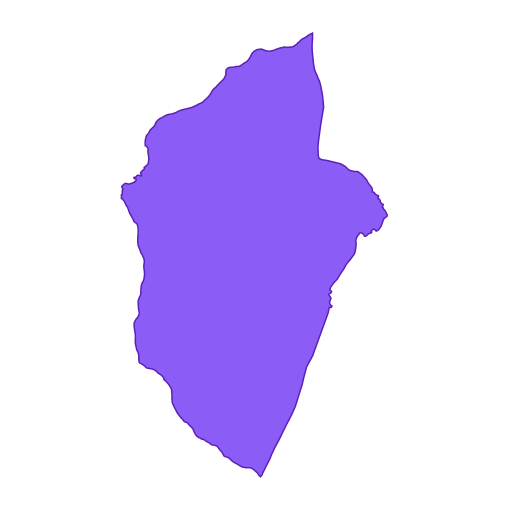 Meung, Bokeo, Laos (Albers equal-area conic projection), rotated 268°
{"feature_id": "54806243B45963768052626", "entity_name": "Meung", "entity_type": "district", "adm_level": 2, "iso_a3": "LAO", "parent_name": "Laos", "parent_adm1": "Bokeo", "projection": "albers", "projection_center": [100.544, 20.66], "detail": "fine", "context": "isolated", "style": "filled", "palette": "violet", "viewbox_px": 512, "rotation_deg": 268, "n_neighbors": 0, "source": "geoboundaries", "source_scale": "gbopen_adm2", "svg_char_len": 6103}
<svg xmlns="http://www.w3.org/2000/svg" viewBox="0 0 512 512"><g transform="rotate(268 256 256)"><path d="M476.8,320.3L475.0,316.3L473.0,313.5L471.0,309.4L469.7,307.8L468.1,306.4L468.0,305.7L467.3,305.0L466.5,304.4L465.9,303.6L464.9,301.9L464.3,301.4L464.2,300.7L463.4,298.6L463.7,297.2L463.3,296.4L463.6,295.3L463.6,294.5L463.4,293.8L463.5,293.0L463.9,292.1L463.9,291.5L463.7,290.4L463.2,289.7L463.1,288.9L463.4,288.6L462.3,284.6L460.9,280.8L460.2,277.1L460.3,274.8L460.8,273.0L462.5,269.1L462.6,267.4L462.2,264.1L460.4,260.9L458.5,259.0L454.8,257.1L452.3,255.2L450.5,253.5L449.2,250.9L447.4,248.2L446.4,246.5L446.0,245.0L446.1,243.1L445.5,240.2L445.4,236.0L444.7,234.2L443.1,232.6L441.1,232.3L438.1,232.2L436.2,231.2L434.0,230.0L430.5,226.1L427.8,223.3L426.1,221.8L424.4,219.5L423.2,218.5L421.4,217.3L419.5,216.2L417.4,214.5L415.4,212.5L413.7,210.4L411.8,208.3L411.0,206.9L409.9,204.1L408.8,202.0L407.3,198.6L406.7,196.9L405.9,193.6L404.8,188.0L404.3,185.8L403.1,182.8L402.0,180.7L401.6,179.0L400.9,177.3L400.6,174.0L400.1,171.7L398.8,169.0L397.2,166.2L396.6,164.6L395.6,163.1L394.2,161.7L392.9,160.7L389.8,159.2L388.3,157.7L385.8,154.8L382.3,152.8L381.2,151.7L379.8,150.6L377.5,149.9L375.0,149.3L372.1,149.1L370.1,149.2L370.1,149.5L369.8,149.9L368.5,151.1L368.0,151.4L367.3,151.8L366.6,152.0L366.0,151.9L364.8,151.6L363.6,151.6L361.6,151.9L359.6,152.0L359.0,152.2L358.6,152.2L357.7,152.3L356.7,152.3L352.8,151.6L352.1,151.4L351.4,151.0L351.0,150.5L349.7,149.2L349.2,148.5L348.7,147.6L348.4,147.3L347.5,147.5L346.8,147.4L346.6,147.4L346.3,146.7L345.4,145.5L344.7,144.9L343.6,143.8L343.3,143.6L342.7,143.5L342.3,143.6L341.1,144.4L340.7,144.5L340.3,144.4L340.1,144.0L340.1,143.5L340.5,142.2L340.7,141.7L340.9,140.9L340.7,140.4L340.5,139.9L339.0,138.5L338.9,138.1L338.9,137.1L338.8,136.8L338.5,136.7L338.1,136.7L337.6,137.2L337.3,138.4L337.0,138.9L336.6,139.0L336.0,138.9L335.6,138.7L335.2,138.2L334.8,138.0L334.7,137.6L334.0,136.8L332.6,133.1L332.4,131.4L332.4,130.8L333.1,128.7L333.1,128.0L333.0,127.4L332.2,126.5L331.3,125.4L331.0,124.9L330.5,124.5L330.0,124.3L329.4,124.3L329.0,124.5L328.1,125.1L327.7,125.2L326.8,125.0L325.9,124.6L325.5,124.6L324.0,124.5L322.8,124.7L322.4,124.5L321.9,123.6L321.6,123.5L321.3,123.5L320.4,123.7L319.7,123.7L318.9,123.4L318.5,123.4L317.0,124.9L315.4,126.3L310.8,128.2L309.1,129.4L307.2,129.9L306.1,130.4L305.4,130.5L302.8,131.4L296.8,134.6L294.8,135.2L293.9,136.1L292.7,137.8L291.9,138.3L289.8,138.9L286.6,139.2L283.6,139.1L278.8,138.5L274.0,138.3L270.8,138.6L269.6,138.9L268.1,139.5L265.6,140.4L262.9,141.2L261.2,142.3L257.5,143.8L255.4,144.2L253.2,144.1L250.2,143.5L247.2,143.6L244.7,143.9L241.8,144.0L237.6,143.4L235.4,142.7L232.3,140.9L229.5,140.2L226.9,139.8L222.8,139.6L221.2,139.4L219.1,138.2L215.9,136.8L214.0,136.6L211.4,136.6L206.4,136.8L204.3,137.3L202.4,137.3L201.1,136.9L198.9,135.6L197.0,133.9L194.9,132.7L193.0,131.8L191.5,131.7L189.5,131.8L186.2,132.1L182.6,132.6L179.6,132.7L174.3,132.3L172.5,132.4L169.8,132.9L166.2,133.6L166.0,133.8L163.1,134.9L161.2,135.3L158.7,135.4L156.5,135.2L153.7,135.7L153.2,135.9L153.0,136.3L152.6,137.3L150.7,140.0L149.8,141.0L148.6,142.0L147.6,143.6L147.5,145.0L147.1,146.2L146.8,148.3L146.1,149.8L145.1,151.4L143.9,152.8L142.6,153.8L140.4,157.0L139.0,158.4L137.1,159.7L135.8,159.7L135.2,160.1L134.9,160.8L131.2,163.9L128.5,165.6L125.8,166.9L119.4,167.2L116.6,167.0L113.2,167.2L112.3,167.3L110.3,168.0L103.2,171.2L100.9,172.5L97.0,175.4L95.4,176.8L93.2,178.4L92.7,179.0L92.4,179.7L92.1,181.0L91.2,182.0L89.5,183.3L87.9,184.7L87.1,185.7L85.8,186.6L84.9,187.1L84.1,187.5L82.6,187.9L81.8,188.3L79.8,189.3L78.2,190.4L76.5,192.4L76.3,193.3L75.6,194.4L75.0,195.1L74.8,195.5L74.8,196.0L74.6,196.9L73.9,198.1L71.9,200.7L71.4,201.9L70.3,203.4L69.3,204.4L68.9,205.1L68.5,207.1L67.9,209.2L67.5,210.1L67.0,210.7L65.7,211.6L64.5,212.3L61.0,215.2L57.2,217.1L56.9,217.5L56.6,218.3L56.0,220.0L55.4,221.4L53.6,223.4L52.0,224.9L50.5,226.8L48.8,229.8L45.9,234.2L45.4,235.7L44.7,239.2L44.8,240.6L44.5,243.1L43.7,244.8L42.9,245.9L38.9,250.1L36.7,251.2L35.2,252.8L36.9,254.3L39.4,255.4L42.2,257.0L45.3,258.6L52.5,262.7L56.8,264.5L64.0,268.2L72.5,273.2L79.1,276.6L86.7,280.7L92.2,283.9L96.4,286.2L104.2,290.0L126.1,297.7L133.9,299.8L138.8,301.3L143.3,302.6L153.9,308.9L196.3,326.0L202.1,327.5L202.0,327.8L201.9,329.2L203.1,330.1L203.4,330.1L203.6,330.1L203.8,329.8L203.9,329.2L204.4,328.8L205.7,328.1L206.4,327.9L207.0,327.9L207.4,327.9L208.3,328.4L209.3,328.6L210.6,329.3L210.9,329.4L211.5,329.3L212.5,328.8L212.8,328.6L214.5,327.5L215.0,327.4L215.3,327.5L215.5,327.7L216.2,329.2L217.1,330.0L217.4,330.2L217.8,330.3L218.4,330.0L219.8,328.5L220.0,328.4L220.4,328.6L221.1,329.2L222.4,329.6L227.0,333.3L229.9,336.3L234.6,339.3L239.7,343.1L245.0,346.3L247.9,349.0L254.2,354.1L256.2,355.0L259.4,355.8L264.4,356.5L267.8,356.3L269.8,356.8L270.3,357.1L272.2,357.9L273.0,358.6L273.3,359.1L274.0,359.6L274.8,359.8L275.3,360.4L275.5,361.3L275.3,362.4L274.9,363.2L274.1,364.0L273.3,364.5L272.6,364.8L272.0,365.2L271.9,365.9L272.0,366.4L272.6,367.3L273.5,368.2L274.1,369.0L274.9,371.4L275.3,372.3L275.8,372.5L276.3,372.1L277.0,372.3L277.8,372.9L278.2,373.2L278.6,374.1L278.7,374.9L278.4,375.5L277.2,376.3L276.7,377.1L277.1,378.1L278.0,379.5L281.6,382.2L286.6,384.1L289.0,385.3L290.5,387.5L291.3,388.4L292.8,388.6L293.1,388.3L294.3,387.7L295.8,387.1L297.1,386.4L298.2,385.3L299.8,384.7L300.5,383.8L302.4,384.9L303.1,384.9L303.4,384.5L303.7,383.5L304.2,383.0L305.1,382.7L305.5,382.2L306.7,382.1L308.3,381.5L308.8,380.7L309.0,380.0L310.3,379.9L310.8,380.5L311.4,380.6L312.1,380.2L312.8,378.3L314.1,377.1L315.4,376.3L315.7,375.7L315.9,374.6L317.9,374.6L319.0,374.5L320.7,373.8L322.8,372.3L324.0,371.4L326.8,369.7L328.1,369.3L333.5,364.9L336.8,360.8L337.1,356.9L338.0,353.6L339.2,351.3L342.4,348.3L345.2,343.8L349.0,330.3L349.9,325.4L351.3,322.4L354.5,321.7L362.6,321.7L369.5,322.6L385.3,325.3L402.4,328.8L411.3,328.3L415.6,327.9L419.4,327.3L421.1,327.0L424.1,326.6L428.5,325.5L431.9,324.1L434.0,323.4L438.6,321.5L442.0,320.7L446.2,320.2L455.9,319.5L460.3,319.3L464.7,319.4L471.8,320.1L476.8,320.3Z" fill="#8b5cf6" stroke="#5b21b6" stroke-width="1.5"/></g></svg>